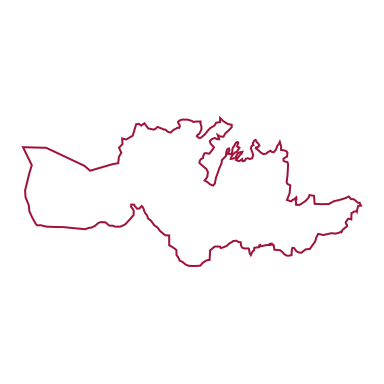 outline of Nurabad, Samarkand, Uzbekistan
{"feature_id": "79887680B60529301489463", "entity_name": "Nurabad", "entity_type": "district", "adm_level": 2, "iso_a3": "UZB", "parent_name": "Uzbekistan", "parent_adm1": "Samarkand", "projection": "natural_earth1", "projection_center": [66.194, 39.565], "detail": "fine", "context": "isolated", "style": "outline", "palette": "rose", "viewbox_px": 384, "rotation_deg": 0, "n_neighbors": 0, "source": "geoboundaries", "source_scale": "gbopen_adm2", "svg_char_len": 4698}
<svg xmlns="http://www.w3.org/2000/svg" viewBox="0 0 384 384"><path d="M171.6,246.6L174.2,248.3L176.4,250.0L176.5,255.1L177.8,256.6L179.8,260.7L182.6,262.0L185.7,264.6L188.6,265.8L192.9,266.0L197.4,265.9L200.4,265.6L202.6,262.9L205.7,260.8L207.7,260.1L209.6,259.9L209.9,254.1L210.1,250.4L214.1,247.0L215.2,246.5L220.0,246.6L220.6,248.0L223.2,247.4L226.9,245.8L229.2,243.5L232.0,242.0L233.2,241.0L236.5,240.7L237.6,241.6L239.7,242.2L240.6,242.2L240.9,243.7L240.9,245.3L241.8,247.0L242.2,247.7L243.5,248.1L244.8,248.5L248.3,248.4L248.9,248.8L249.4,251.6L249.7,253.2L250.8,255.1L252.5,251.6L254.0,250.4L254.3,247.8L258.9,247.2L259.2,245.5L260.3,245.0L260.6,246.3L262.5,246.0L266.1,245.1L267.6,245.0L269.8,245.0L269.8,243.8L271.7,243.6L271.7,244.7L273.5,244.8L274.4,249.7L280.1,250.2L282.9,252.5L284.3,254.3L287.1,255.7L289.1,255.7L291.6,255.1L291.6,253.4L291.9,249.2L292.5,247.8L294.1,248.0L295.4,250.0L296.5,251.2L298.7,252.5L301.5,252.7L304.3,250.4L305.6,249.4L309.9,248.9L312.4,245.3L315.1,241.7L316.3,237.4L318.2,233.9L323.4,235.0L327.9,234.0L331.5,233.2L335.6,233.6L338.9,232.8L340.6,231.8L341.4,232.3L342.4,230.0L344.8,228.0L347.1,226.2L346.8,224.6L346.0,223.8L345.7,222.4L347.6,219.5L348.0,218.8L350.4,219.0L351.3,219.4L351.4,215.6L351.5,213.0L352.8,212.5L353.9,211.6L355.8,211.3L356.7,211.1L356.9,211.5L357.6,207.7L358.3,205.9L361.0,205.6L360.2,204.3L359.7,202.8L357.9,202.7L354.7,199.9L353.6,199.2L351.0,199.1L348.8,196.5L346.0,197.9L341.5,199.4L337.6,200.4L334.0,201.2L330.0,203.3L328.9,204.0L321.3,204.2L314.6,203.8L314.0,195.8L309.5,195.1L308.5,197.8L305.5,201.0L301.1,204.0L299.6,204.9L296.1,204.8L295.8,200.3L296.6,199.0L296.2,197.3L294.1,199.5L293.0,199.5L291.1,201.4L287.0,200.0L289.6,193.3L290.3,185.3L287.7,184.1L286.6,182.5L287.5,175.3L288.1,164.4L287.5,162.2L284.6,161.4L283.5,160.8L283.5,158.6L287.1,156.5L287.4,152.5L286.3,151.2L284.4,150.4L281.1,150.0L281.1,146.3L279.8,141.8L278.6,144.3L277.2,146.0L276.1,149.4L273.9,152.1L272.1,152.1L270.4,150.7L268.2,152.0L266.0,153.7L263.9,154.0L263.2,154.0L260.7,152.5L259.0,150.8L255.8,148.3L256.2,147.2L257.6,147.3L259.4,145.6L258.4,143.8L256.7,142.0L255.6,139.9L254.2,140.6L253.5,142.0L253.1,142.6L252.7,144.0L253.4,145.1L251.3,146.4L250.9,148.5L251.2,149.2L252.6,153.1L253.2,155.5L252.1,158.3L250.3,158.9L249.3,158.9L247.9,158.2L245.7,158.8L245.0,160.5L243.5,161.2L242.5,161.2L242.2,159.1L239.3,161.1L237.5,160.7L236.1,160.0L240.1,154.9L241.6,153.5L242.3,151.8L239.4,152.4L237.3,154.1L235.4,157.9L232.9,158.6L230.8,158.9L231.6,156.4L233.0,154.4L235.4,152.3L237.0,151.7L238.1,149.6L239.0,148.5L239.5,147.9L239.0,147.4L237.1,146.5L238.2,142.7L237.5,142.0L236.4,142.3L235.3,143.7L233.9,146.4L232.8,147.8L232.3,149.8L232.4,151.6L231.2,154.0L227.7,153.9L229.5,150.1L228.9,148.4L227.4,149.1L227.0,150.1L226.3,151.8L225.9,156.0L221.9,160.1L221.5,163.5L219.7,167.3L215.9,178.0L214.8,183.6L213.0,185.6L209.8,184.2L207.4,182.0L204.6,180.6L207.3,176.9L207.9,172.0L206.2,168.8L202.7,165.9L199.5,163.1L199.5,161.7L200.6,159.3L203.1,158.0L203.2,156.2L204.3,153.5L205.7,153.1L209.3,153.7L211.1,151.5L214.0,147.4L210.5,143.5L209.8,141.1L212.0,139.0L214.8,138.0L216.9,139.1L219.1,139.2L217.7,135.0L219.8,136.4L223.4,136.8L225.6,133.0L228.4,130.7L231.7,127.2L231.7,124.8L227.8,124.0L223.3,121.2L220.1,118.0L220.0,122.1L216.2,122.7L214.4,125.6L210.2,128.1L207.8,130.7L206.1,132.8L204.5,134.7L200.8,137.8L198.9,137.9L196.8,136.2L197.6,134.8L199.4,133.7L200.1,132.1L201.4,129.6L201.4,126.2L200.4,123.4L200.6,121.5L196.3,121.5L193.5,122.0L192.0,121.0L189.2,120.1L187.3,119.6L184.5,119.6L182.6,119.5L180.0,120.3L178.0,121.8L178.6,123.7L179.3,124.5L179.9,126.0L179.2,127.9L177.5,127.7L176.0,128.7L173.4,129.9L170.7,132.6L167.7,131.7L165.4,129.6L163.7,129.5L162.0,128.7L159.8,127.8L157.5,126.9L155.5,128.8L153.5,129.6L150.5,128.9L148.2,128.4L146.5,126.1L144.4,123.3L141.2,125.6L138.9,123.9L136.2,124.2L132.7,135.7L126.2,139.5L122.2,138.5L122.5,144.1L119.0,147.7L121.3,152.7L118.9,156.9L118.2,163.2L112.8,164.1L90.1,170.7L84.4,165.8L46.2,147.8L23.0,147.2L31.8,165.2L29.1,174.0L25.1,190.4L25.5,197.1L28.8,205.4L29.4,211.4L31.5,215.9L32.5,218.0L35.8,224.0L37.3,225.4L40.5,225.2L46.2,226.6L54.8,227.0L63.4,227.1L73.2,228.1L80.7,228.8L85.4,229.2L88.9,227.8L91.5,227.6L95.1,225.8L98.1,223.1L100.7,222.1L105.4,222.3L109.4,225.7L112.8,225.7L115.2,226.7L119.9,226.7L123.1,225.5L125.5,224.1L130.4,218.8L133.6,215.0L133.7,211.0L133.0,209.2L131.1,206.9L131.2,204.6L134.1,204.6L134.7,205.9L137.1,208.7L139.5,208.5L140.4,207.3L141.8,206.0L142.5,206.9L143.4,208.4L144.3,211.2L145.2,213.2L147.1,215.4L148.1,218.6L150.9,220.6L154.4,225.4L157.7,227.7L159.9,230.8L163.4,233.8L165.2,235.3L169.2,235.4L169.2,245.3L171.6,246.6Z" fill="none" stroke="#9f1239" stroke-width="2"/></svg>